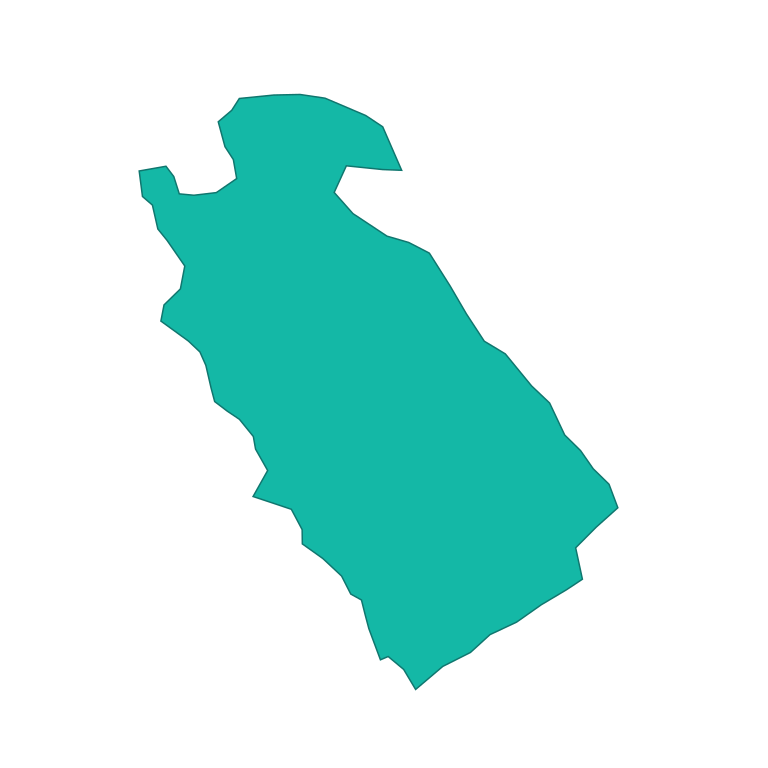 outline of Ardana, Cyprus, rotated 170°
{"feature_id": "46923920B85221731865635", "entity_name": "Ardana", "entity_type": "district", "adm_level": 2, "iso_a3": "CYP", "parent_name": "Cyprus", "parent_adm1": "", "projection": "equal_earth", "projection_center": [33.895, 35.353], "detail": "fine", "context": "isolated", "style": "filled", "palette": "teal", "viewbox_px": 768, "rotation_deg": 170, "n_neighbors": 0, "source": "geoboundaries", "source_scale": "gbopen_adm2", "svg_char_len": 1128}
<svg xmlns="http://www.w3.org/2000/svg" viewBox="0 0 768 768"><g transform="rotate(170 384 384)"><path d="M175.2,221.5L179.8,246.2L192.7,264.2L202.0,284.3L214.9,302.4L224.2,336.5L239.0,356.5L259.3,392.6L277.8,408.7L290.7,438.8L301.8,468.9L316.6,505.0L335.1,519.1L355.4,529.1L385.0,557.2L399.8,581.3L383.2,605.4L348.0,595.4L329.5,591.4L333.8,609.2L340.6,637.5L355.4,651.6L392.4,675.7L416.4,683.7L442.3,687.7L476.9,690.3L486.4,680.0L501.7,671.0L499.4,645.3L493.4,631.2L493.4,611.9L515.9,601.6L538.4,602.9L552.6,606.8L555.0,624.8L560.9,636.3L588.1,636.3L589.3,610.6L581.0,600.4L579.8,575.9L572.7,563.1L559.7,534.8L568.0,513.0L586.9,500.1L592.8,484.7L569.2,460.3L559.7,447.5L556.2,433.3L555.0,410.2L553.8,396.1L543.1,384.5L532.5,374.3L521.8,355.0L521.8,342.2L513.6,319.0L532.5,295.9L520.6,289.5L497.0,276.7L489.9,254.8L492.2,240.7L474.5,222.7L459.1,202.2L453.2,182.9L443.7,175.2L442.6,159.8L441.4,145.7L435.4,113.0L427.2,114.9L414.2,99.5L405.9,77.7L375.1,95.7L345.5,104.6L323.1,118.8L294.7,126.5L267.4,139.3L240.2,149.6L222.5,157.3L223.7,189.4L200.0,206.1L175.2,221.5Z" fill="#14b8a6" stroke="#0f766e" stroke-width="1.5"/></g></svg>